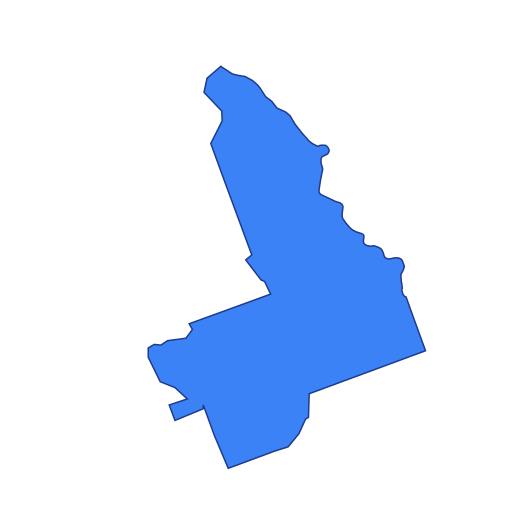 Nez Perce, Idaho, United States of America (Natural Earth projection), rotated 160°
{"feature_id": "52423323B94471153891164", "entity_name": "Nez Perce", "entity_type": "district", "adm_level": 2, "iso_a3": "USA", "parent_name": "United States of America", "parent_adm1": "Idaho", "projection": "natural_earth1", "projection_center": [-116.873, 46.243], "detail": "fine", "context": "isolated", "style": "filled", "palette": "blue", "viewbox_px": 512, "rotation_deg": 160, "n_neighbors": 0, "source": "geoboundaries", "source_scale": "gbopen_adm2", "svg_char_len": 1845}
<svg xmlns="http://www.w3.org/2000/svg" viewBox="0 0 512 512"><g transform="rotate(160 256 256)"><path d="M129.1,109.0L129.1,143.3L129.1,144.4L129.1,147.8L129.0,165.9L129.0,166.1L130.3,167.5L131.0,169.6L130.7,173.7L130.3,174.8L129.6,175.6L128.3,181.0L128.2,182.5L126.3,188.7L125.3,190.0L124.4,190.6L122.2,192.7L120.8,194.5L120.1,195.7L120.1,201.4L120.2,202.0L120.9,203.7L122.7,205.4L124.4,206.2L126.8,206.9L131.1,207.5L132.5,208.0L133.7,208.7L135.2,210.1L135.4,210.7L135.6,213.5L135.3,214.8L135.5,217.9L135.8,219.2L136.4,220.5L138.0,222.3L141.5,225.2L145.5,226.2L148.4,228.1L149.6,229.4L150.3,231.4L150.2,232.8L147.9,237.4L147.7,238.4L147.8,239.4L149.3,241.1L153.7,244.5L155.0,245.9L155.9,246.9L157.3,249.0L158.2,250.8L160.3,256.2L161.7,261.8L161.4,264.2L160.1,267.2L157.5,272.3L157.3,273.3L157.6,275.3L158.7,277.1L162.8,280.2L166.9,284.4L173.8,291.3L174.6,292.8L174.9,294.3L174.3,296.3L169.4,305.3L164.4,313.5L163.6,314.7L163.3,316.9L163.2,320.7L161.7,325.1L160.0,326.7L154.4,327.3L153.3,327.8L152.6,328.3L151.4,329.7L151.1,330.5L151.1,331.4L151.3,333.6L152.5,336.0L156.0,337.6L158.6,338.1L159.7,337.8L160.9,338.3L164.3,342.0L166.6,345.4L170.8,355.9L174.2,366.4L175.9,375.5L176.4,377.1L176.9,377.7L178.7,380.9L185.8,388.0L188.2,395.8L192.5,402.5L194.9,413.0L196.1,416.3L198.7,421.1L199.7,422.6L205.0,428.5L210.3,431.4L214.5,434.1L216.4,435.7L223.4,445.1L224.1,446.3L241.2,439.8L248.9,427.6L238.6,403.9L241.6,394.5L260.0,377.2L260.0,344.1L259.6,258.4L267.0,255.9L259.5,231.9L256.6,229.1L255.3,215.2L342.0,215.2L340.9,208.7L350.0,202.7L368.1,206.7L375.9,204.8L381.8,207.7L388.7,206.5L391.9,197.8L389.0,170.6L377.1,160.0L369.5,145.2L388.5,145.7L388.4,129.2L358.0,130.5L356.5,134.0L356.5,101.6L354.7,66.0L306.0,66.3L291.0,65.7L276.4,74.4L265.1,85.9L261.9,86.4L253.1,108.4L129.1,109.0Z" fill="#3b82f6" stroke="#1e3a8a" stroke-width="1.5"/></g></svg>